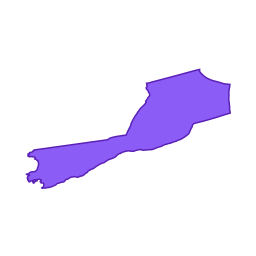 Sveitarfélagið Skagaströnd, Norðurland vestra, Iceland, rotated 352°
{"feature_id": "244011B17586381133924", "entity_name": "Sveitarfélagið Skagaströnd", "entity_type": "district", "adm_level": 2, "iso_a3": "ISL", "parent_name": "Iceland", "parent_adm1": "Norðurland vestra", "projection": "robinson", "projection_center": [-20.221, 65.865], "detail": "fine", "context": "isolated", "style": "filled", "palette": "violet", "viewbox_px": 256, "rotation_deg": 352, "n_neighbors": 0, "source": "geoboundaries", "source_scale": "gbopen_adm2", "svg_char_len": 5610}
<svg xmlns="http://www.w3.org/2000/svg" viewBox="0 0 256 256"><g transform="rotate(352 128 128)"><path d="M207.1,80.0L206.0,80.0L198.2,80.9L181.0,83.1L157.4,85.9L155.2,86.3L154.4,86.3L152.7,86.3L152.8,86.5L152.8,87.0L152.7,87.3L152.5,88.1L152.9,88.7L152.9,88.9L152.9,89.1L152.8,89.4L152.6,89.7L151.7,90.4L151.6,90.6L151.6,90.9L151.6,91.3L151.6,91.7L151.7,91.9L152.8,93.4L153.2,94.1L153.2,94.7L153.1,95.1L153.2,95.4L153.9,96.3L154.0,96.6L154.1,97.3L154.1,97.9L154.0,98.5L153.8,99.0L153.5,99.4L152.6,100.2L151.9,100.8L151.5,101.4L151.3,101.7L151.1,102.1L150.9,102.3L149.8,103.4L149.4,103.6L149.3,103.8L149.2,104.0L149.4,104.7L149.5,105.1L149.4,105.3L148.5,106.2L146.8,107.7L143.1,110.3L141.5,112.0L140.0,113.4L138.9,114.9L136.7,117.2L134.4,120.1L132.3,123.1L131.6,124.3L131.2,125.5L130.8,126.2L129.9,127.5L128.8,129.1L127.2,131.4L125.2,134.7L115.1,134.8L112.4,135.0L110.9,135.2L109.1,135.4L107.7,136.0L107.0,136.3L106.2,136.8L32.2,136.7L32.1,136.8L31.7,137.0L31.4,137.1L31.0,137.3L31.0,137.7L30.7,138.0L30.3,138.0L29.7,138.4L29.4,138.5L29.0,138.5L28.3,138.7L27.9,138.6L27.3,138.6L27.0,138.8L26.9,139.1L26.4,139.5L25.7,139.8L25.9,140.0L26.7,140.4L26.6,140.6L26.2,140.9L25.8,141.0L25.1,141.0L25.1,141.9L25.8,142.5L26.1,142.7L27.5,142.8L27.9,142.9L29.5,143.1L29.7,143.3L30.0,143.4L30.4,143.4L31.4,143.7L31.7,143.9L31.9,144.2L32.0,144.7L31.8,145.1L31.3,145.6L32.4,146.2L32.8,146.5L33.2,146.8L33.2,147.1L33.5,147.5L34.0,147.7L34.3,148.1L34.2,148.3L34.2,148.6L34.4,148.7L34.5,149.1L34.4,149.5L34.6,150.3L34.6,150.8L34.4,151.1L34.5,151.3L34.2,152.1L33.6,153.8L33.4,154.1L33.1,154.5L32.8,155.2L32.6,155.9L32.0,156.7L31.1,157.5L30.1,158.0L29.3,158.2L28.7,158.3L27.4,158.0L25.4,158.1L24.9,158.3L24.6,158.5L24.2,158.8L23.8,158.9L23.6,159.1L23.0,159.4L22.8,159.6L22.5,159.6L22.2,159.5L21.6,159.6L21.3,159.5L21.0,159.6L21.1,159.9L21.4,160.0L22.4,160.3L23.4,160.6L23.6,160.7L23.9,160.9L23.9,161.2L22.2,161.7L22.0,162.0L21.8,162.7L21.7,163.0L21.2,163.5L21.3,163.7L21.6,163.9L21.6,164.1L21.8,164.6L21.6,165.1L22.2,165.5L21.9,165.8L21.8,166.0L22.2,166.3L22.1,166.6L22.1,166.8L22.3,166.9L22.6,167.1L22.8,167.4L22.8,167.6L23.2,167.5L23.5,167.5L23.7,167.4L23.8,167.2L25.3,166.8L25.5,166.8L26.1,166.9L26.1,167.8L26.3,168.2L26.2,168.3L26.4,168.9L27.1,169.9L26.8,168.9L27.7,169.2L28.1,169.2L26.9,168.6L26.9,168.4L27.9,168.5L27.9,168.4L27.0,168.3L26.9,167.8L27.4,167.8L27.3,167.1L27.2,167.1L27.2,166.6L28.0,166.6L28.3,166.5L28.2,166.3L28.5,166.3L29.3,166.4L29.6,166.5L29.2,168.0L29.4,168.0L29.6,167.5L30.7,167.5L30.7,167.3L30.7,166.7L30.7,166.4L30.9,166.3L32.0,166.3L32.5,166.3L33.4,166.6L34.6,167.3L34.9,167.7L34.9,167.8L34.3,167.9L34.2,168.0L34.2,168.3L34.2,168.5L33.9,168.8L33.6,169.0L33.8,169.3L33.9,169.5L34.3,169.8L34.4,170.4L34.5,170.4L35.1,170.5L35.4,170.5L35.6,170.4L36.1,170.5L36.8,171.2L36.8,171.7L36.8,172.8L36.3,173.9L35.7,174.6L35.2,175.1L34.8,175.1L34.3,175.3L34.6,175.8L35.3,175.7L36.3,175.7L38.0,176.0L38.4,176.0L38.8,176.0L39.7,175.7L40.5,175.8L41.1,175.8L41.8,175.9L43.2,175.7L44.6,175.4L47.9,174.5L48.7,174.2L48.9,174.0L50.1,173.2L50.4,173.1L51.7,173.0L53.0,172.8L53.2,172.7L53.9,172.5L54.4,172.5L54.6,172.5L56.0,172.5L56.9,172.4L57.3,172.2L57.8,171.9L58.2,171.5L58.4,171.1L58.7,170.7L59.1,170.5L59.6,170.4L60.2,170.3L60.3,170.4L60.6,170.3L61.2,170.2L61.6,170.1L62.0,169.8L63.0,169.4L63.6,169.1L64.7,168.8L65.4,168.8L66.7,168.7L66.8,168.8L67.2,168.8L68.1,168.7L69.1,169.0L69.7,169.1L70.6,169.6L71.1,169.7L72.0,169.7L72.7,169.5L73.7,169.1L74.1,169.0L74.3,169.0L74.8,169.2L75.3,169.1L76.1,168.9L76.9,168.7L78.0,168.2L79.0,167.5L79.4,167.0L79.8,166.9L80.4,166.7L81.0,166.5L81.5,166.2L82.0,165.7L82.5,165.1L82.8,164.9L83.4,164.6L84.3,164.5L84.7,164.3L85.1,163.9L85.5,163.8L86.3,163.6L87.2,163.6L87.8,163.4L89.1,162.8L89.5,162.5L90.6,161.9L92.6,161.0L93.0,160.8L94.3,160.2L96.3,159.6L97.1,159.3L97.8,159.2L99.2,159.0L99.8,158.8L100.0,158.7L100.5,158.4L100.8,158.2L101.7,157.9L102.2,157.5L103.1,157.1L104.8,156.6L106.5,156.2L107.9,156.0L108.9,155.7L110.4,155.3L111.2,155.0L111.7,154.7L112.9,153.8L113.8,153.1L115.0,152.5L115.3,152.4L115.9,152.2L117.2,152.1L117.5,152.0L117.8,151.6L118.2,151.4L118.3,151.4L120.4,151.0L121.3,150.9L123.1,150.7L123.7,150.6L124.5,150.7L125.0,150.6L126.5,151.0L128.3,151.5L128.9,151.6L129.4,151.6L130.5,151.8L131.1,151.7L131.8,151.5L133.5,151.2L134.5,151.1L135.4,151.1L136.5,151.0L137.3,151.0L138.3,151.6L139.8,152.1L140.3,152.1L142.0,152.2L143.0,152.4L143.6,152.4L145.2,152.3L146.2,152.5L147.6,152.6L148.3,152.7L149.9,152.6L150.9,152.2L151.5,152.1L152.8,151.9L154.0,151.5L155.0,151.3L156.2,151.1L157.7,150.9L159.2,150.6L160.6,149.9L161.3,149.7L161.8,149.6L164.2,149.4L164.9,149.2L165.7,149.0L167.1,149.0L167.8,149.0L168.4,148.8L170.8,148.2L172.1,148.0L173.0,147.9L174.2,147.7L175.0,147.3L175.6,147.1L176.3,146.9L177.3,146.9L179.8,146.1L181.4,145.4L182.3,145.0L186.4,142.8L187.0,142.3L187.6,141.8L187.9,141.4L188.2,140.9L190.2,137.7L191.5,136.0L191.7,135.5L191.9,135.2L192.0,134.9L192.4,134.0L192.6,133.7L193.0,133.4L193.3,133.2L193.9,132.8L194.6,132.7L195.2,132.6L200.8,132.0L205.8,131.4L214.9,130.1L218.3,129.6L224.3,128.5L228.3,127.9L231.3,127.5L231.3,127.0L231.3,125.4L231.2,123.9L231.2,123.4L231.4,122.4L231.5,121.4L231.6,120.2L231.7,117.6L231.8,113.2L232.0,112.0L232.2,111.4L232.5,109.9L232.6,109.0L232.6,108.0L233.0,106.0L233.6,103.8L233.9,102.8L234.3,101.7L234.6,100.7L235.0,99.0L234.7,98.9L231.1,98.1L229.4,97.6L228.4,97.2L225.9,96.0L224.9,95.5L222.6,94.5L220.3,93.6L218.1,92.6L216.4,91.7L214.6,90.6L213.2,89.7L210.1,86.8L209.5,86.0L209.0,85.4L208.5,84.6L207.8,83.7L207.3,82.9L207.0,82.3L206.8,81.7L206.9,80.9L207.1,80.0Z" fill="#8b5cf6" stroke="#5b21b6" stroke-width="1.5"/></g></svg>